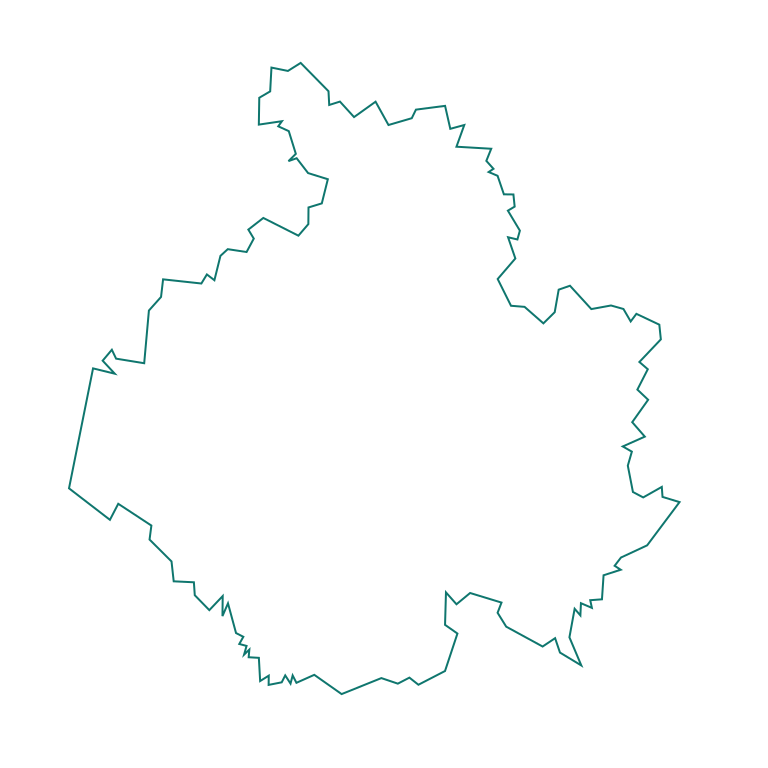 the district of Oberon, New South Wales, Australia, rotated 5°
{"feature_id": "25037944B83786043255817", "entity_name": "Oberon", "entity_type": "district", "adm_level": 2, "iso_a3": "AUS", "parent_name": "Australia", "parent_adm1": "New South Wales", "projection": "mercator", "projection_center": [149.791, -33.845], "detail": "medium", "context": "isolated", "style": "outline", "palette": "teal", "viewbox_px": 768, "rotation_deg": 5, "n_neighbors": 0, "source": "geoboundaries", "source_scale": "gbopen_adm2", "svg_char_len": 1957}
<svg xmlns="http://www.w3.org/2000/svg" viewBox="0 0 768 768"><g transform="rotate(5 384 384)"><path d="M79.3,515.4L122.8,543.2L129.7,526.5L164.6,545.3L164.0,559.4L187.8,579.3L191.7,598.9L211.9,598.1L213.9,610.9L229.7,624.5L241.8,609.3L243.3,629.3L247.7,616.1L258.3,645.0L265.9,648.1L262.5,655.6L269.9,656.9L268.2,665.8L273.0,660.3L273.0,668.0L283.2,667.7L286.5,690.7L294.6,684.6L295.3,693.8L308.1,690.1L311.0,682.9L317.0,690.6L318.4,682.3L322.8,689.3L339.9,679.8L368.8,696.6L407.0,677.2L423.9,681.3L434.9,674.3L444.5,680.6L469.8,664.6L478.9,626.2L465.8,618.6L463.9,586.2L475.4,597.1L488.0,584.7L520.1,591.5L517.1,602.0L526.9,615.1L564.9,631.7L576.6,622.3L582.7,636.2L605.1,647.2L590.8,620.2L593.5,591.3L599.8,597.4L599.3,585.2L610.6,588.9L608.3,581.4L619.9,579.5L619.4,555.4L636.0,548.4L629.6,545.0L635.2,536.2L660.2,521.8L688.7,475.9L671.3,472.2L669.7,462.3L652.1,474.4L641.4,469.9L634.0,444.1L636.8,429.8L627.3,425.4L648.4,413.7L634.6,400.4L648.5,376.7L636.9,367.5L645.5,346.3L636.5,339.8L655.9,315.4L653.1,300.9L629.3,292.1L624.3,300.2L616.0,288.4L603.3,286.0L584.0,291.3L560.7,269.9L549.8,274.8L547.8,297.6L537.5,309.7L517.3,294.9L503.7,295.0L488.1,269.5L503.9,247.5L494.8,227.0L504.3,228.4L506.0,219.4L492.3,200.5L498.7,195.9L496.4,183.9L486.9,184.6L479.0,166.7L469.8,163.7L474.3,160.1L466.5,152.8L470.3,140.3L435.5,141.3L441.4,119.0L427.8,124.0L420.6,101.6L391.9,107.9L388.5,116.8L365.9,125.6L351.0,103.5L330.9,120.7L315.5,106.5L305.1,110.8L303.2,97.2L273.0,71.4L261.0,80.5L244.3,78.6L245.1,102.4L234.8,109.7L236.7,136.5L259.4,131.1L256.2,136.5L267.1,140.4L276.1,162.4L269.4,170.3L277.3,166.7L290.0,180.5L310.2,184.9L306.3,209.5L293.4,214.7L294.7,231.3L285.8,243.7L249.3,229.1L235.4,242.0L241.6,250.5L235.6,264.5L216.6,263.3L209.9,270.6L206.0,295.4L198.0,290.3L193.3,299.8L154.8,299.0L154.3,316.7L143.4,331.3L143.3,384.2L114.9,382.1L109.9,373.6L101.7,385.3L114.9,397.2L92.8,393.8L79.3,515.4Z" fill="none" stroke="#0f766e" stroke-width="2"/></g></svg>